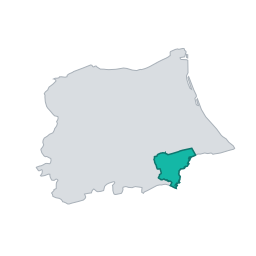 location of Cavally within Ivory Coast, rotated 256°
{"feature_id": "CIV-3459", "entity_name": "Cavally", "entity_type": "Department", "adm_level": 1, "iso_a3": "CIV", "parent_name": "Ivory Coast", "parent_adm1": "", "projection": "equal_earth", "projection_center": [-7.856, 6.298], "detail": "fine", "context": "in_parent", "style": "filled", "palette": "teal", "viewbox_px": 256, "rotation_deg": 256, "n_neighbors": 0, "source": "natural_earth", "source_scale": "10m", "svg_char_len": 6285}
<svg xmlns="http://www.w3.org/2000/svg" viewBox="0 0 256 256"><g transform="rotate(256 128 128)"><path d="M72.3,46.7L72.9,46.7L74.7,46.0L76.3,44.4L77.8,41.2L79.8,38.6L82.1,38.7L82.7,38.3L83.5,38.2L84.5,39.9L85.4,41.2L86.1,41.2L86.6,43.7L90.8,44.8L92.5,45.5L94.0,47.3L94.6,47.3L95.2,46.9L95.7,46.3L95.8,45.6L95.1,44.0L95.4,42.5L96.1,41.2L97.1,41.1L98.8,40.7L100.6,40.7L102.0,41.0L102.5,39.6L102.0,35.9L102.1,33.9L102.3,32.2L102.9,31.5L104.9,33.7L106.8,34.4L108.1,34.5L108.5,34.1L107.9,31.7L108.1,31.0L108.6,30.6L109.5,30.4L111.8,29.4L112.1,29.6L112.5,33.3L112.3,34.5L112.8,37.0L113.5,39.4L113.4,40.3L112.9,41.8L112.3,43.1L112.4,43.7L113.3,44.6L115.2,45.5L117.1,45.7L118.1,44.4L119.2,43.2L120.0,42.3L120.2,40.8L121.4,39.7L124.8,38.4L128.0,38.2L128.7,38.6L130.2,40.6L132.0,42.1L134.7,41.9L136.7,42.7L138.5,44.3L139.6,47.8L140.9,50.3L141.5,53.9L143.5,55.8L145.0,56.6L147.2,59.2L149.4,60.6L151.6,60.3L152.7,61.6L154.4,62.6L156.1,62.7L157.6,59.7L159.6,58.5L164.5,56.1L166.5,55.0L168.5,54.3L173.3,54.1L177.8,54.8L180.0,55.4L181.5,55.0L182.9,56.4L184.4,59.4L185.7,60.3L186.9,61.4L187.8,63.7L188.9,66.1L189.5,67.1L190.9,69.4L192.0,69.5L193.2,68.5L193.6,67.7L193.9,69.3L193.4,71.7L193.5,73.3L194.2,73.9L193.8,75.8L192.5,79.2L192.5,81.2L193.9,81.8L194.8,83.9L195.4,87.6L195.9,88.8L196.0,89.5L197.0,98.3L198.2,107.1L197.5,108.2L196.4,108.5L195.8,108.9L195.6,109.8L196.0,111.0L195.8,112.1L194.5,112.8L191.7,115.6L191.5,116.7L190.8,119.1L190.2,120.6L189.3,123.3L187.9,130.4L187.4,136.3L187.3,138.1L186.8,139.4L186.1,141.2L183.1,146.3L181.6,150.4L181.8,152.2L181.9,154.0L181.4,155.3L181.5,158.8L181.9,161.8L182.5,164.6L184.7,172.8L185.8,177.7L186.5,181.7L187.2,184.4L187.8,185.5L188.0,186.5L191.3,187.2L191.9,187.8L192.8,193.0L192.7,195.4L192.0,196.3L192.0,198.3L191.9,200.7L191.4,201.7L189.6,201.8L188.4,202.8L186.7,202.4L186.6,201.8L185.7,201.6L183.3,200.2L183.7,195.6L182.6,195.5L181.7,196.0L180.0,201.5L179.2,202.4L167.1,199.6L164.5,197.4L161.4,196.8L155.9,197.1L151.4,197.8L150.1,199.1L161.5,198.3L162.7,198.5L163.3,199.3L148.9,201.1L143.4,202.2L141.8,201.9L140.6,200.1L134.6,199.9L133.4,200.5L132.7,201.8L135.0,201.5L138.7,201.4L139.7,202.4L128.1,203.7L120.1,206.1L116.7,207.9L105.5,213.8L98.6,216.6L96.8,217.7L93.7,220.6L89.7,222.4L85.3,225.8L82.5,226.6L81.9,225.5L81.8,219.7L81.4,212.0L81.6,209.0L81.9,206.3L82.0,204.0L83.3,203.1L83.7,202.1L83.9,199.1L85.2,196.4L85.2,191.6L85.6,190.6L85.8,189.4L85.3,186.3L84.6,180.4L84.2,180.0L83.9,180.2L83.2,180.3L80.4,178.3L78.2,177.9L76.7,176.2L76.6,174.2L75.9,173.1L75.4,170.8L74.6,168.2L72.5,166.6L70.4,166.2L69.0,166.5L67.3,166.4L65.4,165.6L64.1,164.6L62.8,162.6L61.7,161.1L60.8,161.3L59.6,160.9L58.5,160.2L58.1,159.7L62.8,153.6L64.4,150.6L64.6,148.8L64.6,146.9L65.1,145.0L65.2,142.2L62.6,131.7L62.0,128.5L61.3,127.5L60.9,127.2L62.2,125.8L64.0,126.2L66.7,127.2L67.3,126.2L69.4,120.9L69.3,119.0L69.1,117.6L70.3,114.0L71.3,112.6L71.8,111.1L71.7,109.0L70.9,108.3L70.0,108.4L68.8,107.9L67.1,106.7L66.2,105.7L66.4,100.9L66.6,99.4L67.2,98.6L68.2,98.3L70.9,98.2L73.1,98.7L75.1,99.1L76.1,99.0L76.9,100.5L78.0,101.9L79.0,101.9L79.4,100.8L79.1,96.1L78.5,93.6L77.0,91.2L73.2,89.2L73.1,86.3L73.5,83.2L74.3,82.1L77.1,80.1L76.6,79.0L75.7,77.9L73.9,76.8L74.3,73.1L74.4,69.8L72.9,70.1L71.3,70.3L70.0,69.3L68.9,67.3L68.7,61.8L68.7,55.4L68.5,52.6L68.9,51.1L70.3,49.7L71.7,47.9L72.3,46.7ZM185.2,202.5L184.6,203.7L181.5,202.9L182.2,201.9L185.2,202.5Z" fill="#d9dde1" stroke="#a8b0b8" stroke-width="1"/><path d="M59.4,158.1L59.8,157.6L61.4,155.8L61.9,155.1L62.0,155.2L64.3,157.2L64.5,157.3L64.9,157.0L65.1,156.9L65.4,156.8L65.6,156.7L66.1,156.2L66.3,156.0L66.3,155.9L66.3,155.7L66.3,155.4L66.3,155.2L66.3,154.7L66.6,154.7L66.8,154.7L67.0,154.6L67.1,154.3L67.0,153.9L66.9,153.8L67.0,153.6L67.5,153.2L67.7,153.3L67.7,153.5L67.8,153.6L68.1,153.5L68.3,153.2L68.4,152.9L68.4,152.3L68.4,151.9L68.5,151.8L68.8,151.6L68.9,151.3L69.0,151.2L69.3,151.0L69.5,150.8L69.7,150.6L69.8,150.6L69.9,150.3L69.7,149.6L69.6,149.4L69.5,149.1L69.5,148.9L69.7,148.4L69.8,148.0L69.7,147.8L69.7,147.7L69.9,147.6L70.1,147.5L70.2,147.3L70.2,147.1L70.3,147.0L70.6,147.0L70.8,146.8L71.8,145.7L72.3,145.4L72.9,145.8L73.0,145.9L73.2,146.1L73.6,146.7L73.8,146.8L74.0,146.9L74.3,147.0L74.9,147.2L75.1,147.3L75.2,147.5L75.3,147.8L75.6,148.7L75.7,148.9L75.9,149.2L76.2,149.3L76.6,149.4L80.4,149.3L80.7,149.2L80.8,147.6L80.9,147.4L81.1,146.6L82.6,146.3L85.1,146.3L85.3,146.3L85.9,146.0L88.1,145.6L88.4,145.6L88.6,145.6L89.3,145.8L91.1,145.6L91.3,145.6L92.0,146.2L92.3,146.4L93.4,146.6L93.6,146.6L93.9,147.3L93.9,147.6L93.8,147.8L93.7,148.0L93.6,148.3L93.6,148.6L93.6,148.8L93.7,149.1L93.8,149.3L94.0,149.5L94.5,149.7L94.6,149.8L94.8,150.1L95.1,150.5L95.2,150.8L95.3,151.2L95.7,153.8L95.7,154.0L95.6,154.4L95.6,154.5L95.5,154.9L95.6,155.8L94.9,157.3L94.8,157.8L95.1,158.2L94.9,158.2L94.3,158.4L94.2,158.4L93.8,158.7L93.8,158.8L93.5,159.4L93.4,159.5L93.2,159.6L92.9,159.8L92.5,160.2L92.4,161.2L92.5,165.3L92.8,171.4L93.1,172.7L93.2,175.5L92.9,185.0L85.9,186.9L85.4,187.0L85.1,186.2L84.7,183.7L84.7,182.6L84.9,181.3L84.8,180.2L84.0,179.8L84.0,180.7L83.8,181.2L83.7,181.4L83.3,180.8L83.2,180.4L82.8,180.3L82.9,179.8L82.7,179.9L82.4,180.2L82.2,180.4L81.7,179.8L81.5,179.6L81.7,179.2L81.1,178.8L81.0,178.7L80.6,178.4L80.1,178.2L79.8,177.8L79.5,177.4L79.4,177.3L79.1,177.7L78.9,178.3L78.5,178.5L78.1,177.7L77.9,177.4L76.9,176.7L76.6,176.2L76.6,175.1L76.9,174.8L76.9,174.7L76.8,174.4L76.7,174.3L76.6,174.2L76.5,173.5L76.4,173.2L76.2,173.0L76.0,172.9L75.7,173.0L75.5,173.3L75.2,172.9L75.1,172.3L75.2,171.6L75.3,170.9L75.6,169.7L75.6,169.3L75.2,168.7L74.2,167.6L74.0,167.1L73.9,167.0L73.7,167.0L72.0,166.6L71.7,166.2L71.3,166.1L70.6,166.1L69.6,166.3L69.3,166.5L68.8,166.8L68.5,166.9L68.1,166.9L67.9,166.9L67.8,166.7L67.5,166.5L67.2,166.4L65.5,165.8L65.2,165.7L65.2,165.4L65.2,165.1L65.1,164.9L64.9,164.8L64.7,165.0L64.4,164.7L64.1,164.4L63.9,164.2L63.6,164.6L63.4,164.4L63.1,164.4L62.8,164.6L62.6,164.9L62.3,164.5L62.4,164.3L62.6,164.2L62.7,163.9L62.6,163.7L62.4,163.1L62.4,162.8L62.5,162.3L62.7,162.1L62.7,161.9L62.4,161.5L61.7,160.9L61.4,160.5L61.3,160.3L61.2,160.6L61.1,161.2L60.9,161.8L60.6,162.1L60.2,161.9L59.5,160.7L59.2,160.3L59.0,160.2L58.4,160.3L58.2,160.2L57.8,160.2L58.4,159.2L58.5,159.1L58.8,159.1L58.9,158.9L59.0,158.4L59.4,158.1L59.4,158.1Z" fill="#14b8a6" stroke="#0f766e" stroke-width="1.5"/></g></svg>